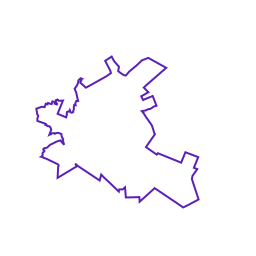 Benjamín Hill, Sonora, Mexico, rotated 292°
{"feature_id": "50627088B71281385792912", "entity_name": "Benjamín Hill", "entity_type": "district", "adm_level": 2, "iso_a3": "MEX", "parent_name": "Mexico", "parent_adm1": "Sonora", "projection": "robinson", "projection_center": [-111.217, 30.152], "detail": "fine", "context": "isolated", "style": "outline", "palette": "violet", "viewbox_px": 256, "rotation_deg": 292, "n_neighbors": 0, "source": "geoboundaries", "source_scale": "gbopen_adm2", "svg_char_len": 5043}
<svg xmlns="http://www.w3.org/2000/svg" viewBox="0 0 256 256"><g transform="rotate(292 128 128)"><path d="M67.1,167.9L69.9,169.3L80.9,174.6L82.2,175.2L81.9,176.8L81.8,177.1L81.4,179.2L80.9,181.4L79.8,186.7L77.8,196.0L77.2,199.2L75.0,208.9L76.9,210.7L77.4,211.1L80.6,213.9L81.8,214.8L83.6,216.4L88.2,220.2L93.3,215.9L102.3,208.3L104.7,206.3L107.0,205.9L107.7,205.7L115.8,207.6L115.8,206.1L115.8,205.2L115.8,204.0L123.1,204.0L127.3,204.0L127.2,197.7L127.1,195.1L127.0,190.3L124.2,190.3L122.9,190.3L115.8,190.3L115.8,180.2L115.8,178.1L115.8,176.1L115.8,165.1L114.1,164.6L114.9,161.1L117.0,151.8L122.8,153.1L132.3,155.3L132.9,154.5L135.6,152.3L139.3,149.2L142.9,143.8L144.1,141.9L144.7,140.9L147.4,137.1L147.7,136.6L147.9,136.6L147.9,136.3L148.8,134.5L149.0,134.8L150.9,137.8L153.1,139.8L153.3,140.1L153.5,140.4L153.7,140.9L153.9,141.3L154.1,141.5L154.4,141.8L155.7,142.7L156.4,143.1L156.9,143.4L157.3,143.7L157.7,144.1L157.9,144.3L159.3,146.1L166.9,138.9L160.4,132.2L159.6,131.6L162.3,128.4L168.8,133.5L171.4,127.5L174.9,129.1L198.1,140.9L200.6,120.5L196.8,116.5L195.8,115.4L195.3,115.3L189.8,112.8L188.8,112.3L181.0,108.1L175.8,106.3L175.5,104.4L175.7,102.7L177.0,97.6L181.4,96.7L182.9,93.7L184.8,90.0L188.1,86.1L186.2,84.8L184.5,83.6L182.8,82.4L181.7,81.7L174.6,90.0L172.6,91.6L168.0,88.7L164.1,85.6L150.6,74.7L149.6,73.8L151.5,68.7L151.9,67.3L152.0,67.2L152.1,66.9L152.3,66.9L152.7,66.7L152.9,66.6L153.0,66.6L153.2,66.8L153.4,66.8L154.1,66.6L154.5,66.7L154.7,66.9L154.8,66.9L155.0,66.9L155.3,66.8L155.5,66.6L155.8,66.5L156.1,66.6L156.3,66.8L156.3,66.3L156.4,65.5L156.1,65.4L155.8,65.3L155.4,65.1L155.1,64.8L154.8,64.6L154.4,64.5L154.1,64.4L153.8,64.3L153.5,64.2L153.0,64.3L152.2,64.5L151.8,64.6L151.4,64.7L151.1,64.7L150.8,64.8L149.9,64.8L149.6,64.8L149.1,64.8L148.8,64.8L148.2,64.7L147.5,64.6L146.8,64.4L146.6,64.3L146.4,64.3L146.2,64.3L145.9,64.2L145.7,64.2L144.5,63.8L142.4,65.7L142.0,66.3L136.2,70.3L134.4,71.6L134.3,71.3L134.1,71.0L134.0,70.6L133.9,70.3L133.8,70.1L133.6,69.9L133.0,70.0L131.1,69.9L130.6,70.0L130.2,70.3L129.5,70.9L129.1,69.5L127.9,69.8L127.4,69.9L126.6,70.0L126.0,70.4L125.3,70.7L124.6,70.8L123.9,70.8L123.7,70.8L123.2,70.9L122.3,71.2L121.9,70.7L121.2,70.3L121.1,69.7L120.9,68.8L121.8,68.2L122.7,67.5L122.8,67.4L122.7,67.4L122.3,67.4L122.1,67.4L121.9,67.3L121.8,67.2L121.7,67.2L121.4,67.0L121.0,66.4L120.9,66.3L120.7,66.3L120.4,66.2L120.3,65.8L120.1,65.5L119.5,65.5L119.2,65.6L117.8,66.0L117.5,66.4L115.2,66.5L114.7,66.6L114.8,57.4L129.1,57.4L128.6,56.5L128.0,55.1L127.8,54.7L127.5,54.1L127.3,53.8L127.3,53.5L127.4,53.3L127.5,53.1L127.5,52.9L127.7,52.7L127.5,52.4L127.5,52.2L127.4,52.1L127.4,51.9L127.5,51.8L127.7,51.7L126.7,50.6L123.5,52.4L123.9,53.2L123.7,53.3L123.5,53.2L123.2,53.2L123.2,52.7L123.1,51.8L123.1,50.9L124.6,50.8L124.4,48.0L121.5,48.2L121.4,47.1L121.2,44.4L119.8,44.5L119.7,42.7L118.2,42.8L116.8,42.8L116.1,42.9L116.0,42.7L116.0,42.4L115.9,42.0L115.8,41.6L115.7,41.3L115.5,40.6L115.3,40.0L115.1,39.8L114.3,38.8L113.9,38.4L113.4,37.8L112.9,37.3L112.1,36.4L111.5,35.8L111.2,36.0L110.9,36.2L110.7,36.3L110.2,36.6L109.7,36.9L109.5,37.0L109.0,37.3L108.9,37.4L108.0,38.0L107.0,38.5L106.7,38.7L106.6,38.9L106.5,39.0L106.4,39.2L106.3,39.4L106.2,39.5L105.8,40.1L105.7,40.2L105.2,40.3L104.9,40.3L104.4,40.3L103.9,40.3L103.3,40.4L102.8,40.5L102.3,40.6L101.8,40.8L101.1,41.1L100.9,41.3L100.6,41.4L100.6,41.8L100.7,42.8L100.7,43.1L100.7,43.8L100.7,44.2L100.8,44.6L100.8,44.8L100.8,45.1L100.8,45.6L100.9,46.2L100.9,46.6L100.9,47.3L100.9,47.9L100.9,48.3L101.0,48.5L101.0,48.9L101.0,49.4L101.0,50.2L100.0,50.2L100.2,51.5L99.9,51.6L99.8,51.8L99.7,52.3L99.7,52.8L99.7,53.3L99.9,53.6L100.0,53.9L100.1,54.0L100.1,54.3L100.0,54.6L99.9,55.2L99.7,55.5L99.4,55.8L99.2,56.1L98.8,56.5L98.2,57.1L97.8,57.3L97.6,57.4L97.5,57.5L92.4,57.6L92.8,57.9L92.8,58.0L92.7,58.0L92.8,58.4L92.9,58.5L93.0,58.5L93.3,58.8L93.5,58.9L94.0,59.0L94.6,59.3L94.7,59.7L94.8,60.0L94.9,60.3L95.0,60.4L95.1,60.7L95.3,61.0L95.5,61.4L95.4,61.5L95.2,62.0L95.5,62.6L95.8,62.6L95.9,62.8L96.1,63.0L96.5,63.5L96.8,64.1L97.0,64.5L97.3,65.0L97.4,65.5L97.4,66.3L97.4,66.5L97.5,68.5L95.8,69.3L95.4,69.7L93.4,71.9L93.1,71.6L92.3,72.2L92.1,72.2L88.5,75.1L91.1,69.8L88.2,66.4L87.7,66.0L86.7,65.2L86.2,64.8L85.8,64.4L83.6,62.4L82.8,61.8L82.3,61.6L81.9,61.4L81.6,61.3L81.1,61.1L80.7,60.9L80.4,60.7L79.9,60.6L79.7,60.4L78.6,59.3L78.5,59.2L78.4,58.9L78.2,58.3L78.0,58.0L77.8,57.8L77.6,57.7L77.4,57.6L76.8,57.4L76.7,57.4L76.4,57.4L76.2,57.5L76.0,57.8L75.9,58.4L75.8,58.7L75.8,58.8L75.6,59.0L75.4,59.1L75.2,59.1L74.9,59.1L74.7,59.1L73.9,58.6L73.5,58.4L73.2,58.2L72.8,58.2L72.5,58.2L72.4,58.2L72.1,58.4L71.6,58.7L71.1,58.9L70.9,59.0L70.7,59.0L70.4,59.0L70.2,59.0L70.0,58.9L69.9,58.9L69.7,58.8L68.8,58.2L69.0,59.5L69.1,60.0L68.8,60.2L68.9,63.9L68.1,76.5L67.9,77.0L67.4,77.6L66.9,77.9L65.7,77.8L55.4,81.4L73.2,94.8L75.2,92.4L74.0,95.8L68.7,121.4L72.7,120.9L73.8,120.7L74.8,120.6L73.1,124.3L72.4,126.1L69.9,132.7L68.9,135.1L65.6,143.3L67.8,142.9L69.1,146.1L71.9,147.5L62.8,152.0L65.7,158.8L68.2,164.4L64.0,166.4L67.1,167.9Z" fill="none" stroke="#5b21b6" stroke-width="2"/></g></svg>